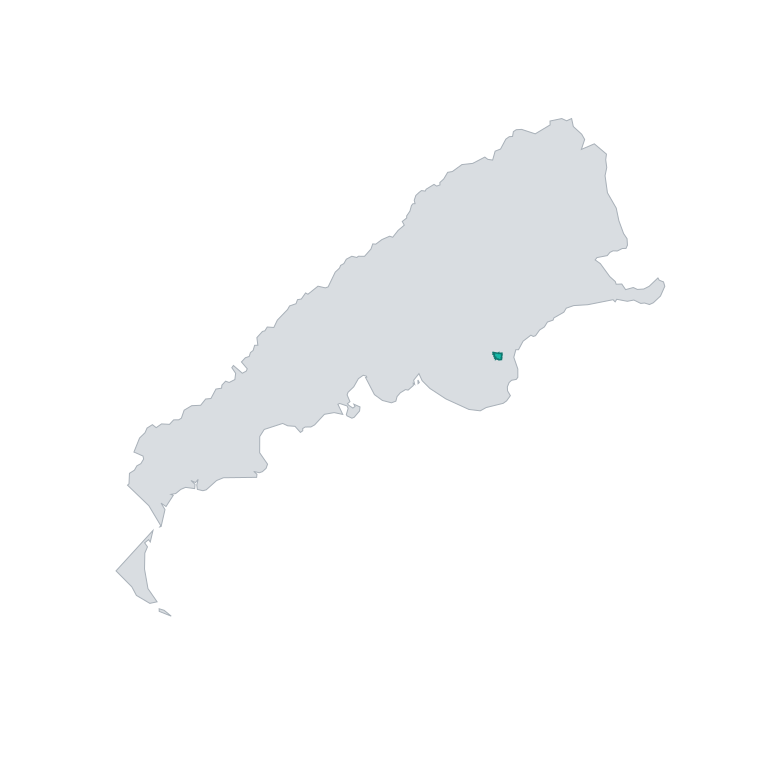 Lobos, Buenos Aires, Argentina (highlighted), rotated 42°
{"feature_id": "61730980B17134937162409", "entity_name": "Lobos", "entity_type": "district", "adm_level": 2, "iso_a3": "ARG", "parent_name": "Argentina", "parent_adm1": "Buenos Aires", "projection": "mercator", "projection_center": [-59.277, -35.199], "detail": "fine", "context": "in_parent", "style": "filled", "palette": "teal", "viewbox_px": 768, "rotation_deg": 42, "n_neighbors": 0, "source": "geoboundaries", "source_scale": "gbopen_adm2", "svg_char_len": 4934}
<svg xmlns="http://www.w3.org/2000/svg" viewBox="0 0 768 768"><g transform="rotate(42 384 384)"><path d="M472.5,198.8L468.7,205.7L469.6,210.3L466.0,221.2L466.9,223.4L464.0,228.6L465.0,234.3L463.5,239.8L464.3,246.7L463.1,248.8L460.5,249.4L458.7,259.1L461.0,268.5L459.0,270.3L462.6,277.3L473.4,283.3L479.0,289.5L479.2,292.1L476.3,295.9L476.0,299.2L477.6,303.6L480.4,306.4L485.7,308.1L486.4,314.5L485.5,318.6L475.7,333.1L473.5,339.5L464.1,346.1L439.9,353.7L421.0,356.6L410.1,356.0L403.0,352.9L403.5,361.3L407.1,363.8L405.2,363.9L406.8,365.5L406.0,372.4L403.7,373.8L402.0,379.6L402.1,384.6L404.3,388.8L402.1,393.0L393.8,397.3L384.0,398.3L365.9,391.5L366.6,390.4L365.6,390.0L362.7,391.4L361.4,397.2L363.4,406.3L362.8,414.2L363.9,416.8L370.5,419.9L370.0,423.1L372.3,423.4L377.0,422.7L377.5,420.1L375.1,419.2L381.5,417.1L383.9,420.4L384.1,428.7L383.0,430.9L377.9,432.4L376.5,432.0L373.7,426.2L371.3,425.0L364.1,428.1L363.3,429.9L373.7,434.2L366.1,438.6L360.0,446.4L359.8,460.8L358.4,464.9L354.2,468.7L353.4,471.5L354.9,473.1L354.3,475.9L346.2,475.0L340.4,479.5L335.1,481.1L325.4,497.9L326.8,506.2L337.6,518.3L351.1,521.5L352.8,525.6L352.3,530.5L350.7,533.4L345.7,536.1L350.0,536.1L351.8,538.6L327.4,561.1L324.2,567.7L322.7,581.6L320.8,584.5L315.8,587.2L312.4,584.3L309.7,579.2L309.8,583.4L305.1,584.9L310.7,585.0L313.3,588.4L305.7,593.6L303.5,598.3L302.5,604.8L299.5,608.6L301.9,607.8L304.0,620.9L298.0,621.7L305.3,623.9L313.7,639.0L313.0,640.2L312.8,638.6L290.7,631.8L261.1,630.8L261.3,628.8L254.6,620.7L256.2,615.0L255.1,610.2L256.6,605.9L255.6,600.6L253.1,598.8L243.7,601.9L238.5,587.7L239.0,580.1L237.4,575.3L239.1,569.2L243.9,568.9L245.4,562.5L251.6,557.5L251.7,551.4L255.4,548.0L256.3,545.0L253.0,537.2L255.6,528.8L262.0,522.5L261.5,514.5L265.1,510.6L262.5,500.2L266.1,495.8L264.3,493.3L264.4,487.9L267.9,486.5L270.2,480.5L266.6,475.3L260.0,473.7L259.7,471.0L271.5,470.8L273.0,466.6L272.2,464.2L263.3,463.0L263.4,457.3L265.4,453.7L263.7,450.0L264.3,446.7L262.0,441.8L264.3,439.6L258.5,434.6L258.5,426.3L259.9,424.2L259.1,419.8L264.3,415.7L262.0,407.9L262.5,393.1L261.6,389.2L264.9,383.2L263.3,379.2L265.7,376.2L264.8,368.8L267.4,368.2L269.5,355.5L276.1,351.8L277.5,349.2L272.9,333.5L273.4,327.6L272.4,324.9L273.6,321.4L272.5,316.5L274.6,310.6L279.1,308.2L279.5,306.2L284.1,302.1L284.0,292.4L281.9,287.4L284.3,285.6L285.8,278.1L289.3,270.4L292.3,269.1L291.7,260.3L292.8,252.4L288.8,251.0L289.8,245.4L288.4,244.0L287.6,238.2L285.0,233.0L284.9,230.7L286.4,229.2L283.5,227.2L281.5,222.5L281.9,218.1L282.4,215.2L285.5,213.1L285.0,211.0L287.6,202.2L290.7,201.7L292.4,198.6L290.7,196.9L291.2,191.7L289.7,184.1L292.6,180.4L295.1,168.8L302.3,160.7L307.1,147.9L310.8,147.6L314.9,144.9L310.8,136.6L313.4,131.4L310.7,120.5L311.6,116.4L313.9,114.0L311.3,109.9L312.1,106.6L315.9,102.7L329.0,96.9L334.1,80.3L331.4,77.5L338.5,67.8L343.6,66.2L345.8,61.2L352.4,66.0L363.8,66.1L369.5,68.0L373.7,77.6L379.6,64.8L395.5,64.3L398.7,69.0L404.7,74.1L408.9,81.3L422.1,92.4L438.9,97.9L449.3,105.5L461.4,111.9L467.4,113.4L472.0,117.9L473.1,121.3L470.4,123.9L468.4,129.0L465.1,131.8L463.8,135.1L464.0,139.2L457.7,147.5L457.9,150.5L464.3,149.8L479.9,153.1L487.3,153.1L489.8,154.5L493.8,150.6L500.4,152.2L504.7,145.5L509.0,144.2L513.5,139.6L515.7,133.9L516.6,121.9L519.1,122.7L523.4,121.1L527.3,123.5L530.6,133.6L529.8,143.4L528.1,147.3L523.4,149.5L520.9,152.3L513.5,154.4L509.5,159.7L500.3,165.3L500.8,168.3L497.8,168.1L482.4,188.7L472.5,198.8ZM309.9,702.2L310.3,647.4L316.0,657.8L313.2,657.2L312.4,662.2L317.2,663.3L319.4,669.7L329.9,681.8L345.5,694.0L361.1,697.7L356.8,703.7L341.5,706.8L332.4,703.5L309.9,702.2ZM367.3,701.5L372.0,699.3L381.2,698.9L369.1,703.4L367.3,701.5ZM409.3,359.3L409.1,361.0L406.5,358.3L409.3,359.3Z" fill="#d9dde1" stroke="#a8b0b8" stroke-width="1"/><path d="M453.0,284.8L452.7,284.5L452.2,284.0L451.8,283.7L452.2,283.3L451.7,282.9L451.0,282.2L450.4,282.8L450.2,283.1L449.6,283.6L448.8,284.5L448.4,284.1L448.3,284.7L447.0,285.6L446.8,285.8L443.9,287.5L444.0,287.7L444.0,287.8L444.1,288.0L444.3,288.0L444.5,288.1L444.8,288.1L445.0,288.1L445.0,288.3L445.1,288.5L445.2,288.4L445.3,288.3L445.5,288.4L445.5,288.5L445.6,288.4L445.8,288.3L446.0,288.3L446.1,288.2L446.3,288.2L446.3,288.3L446.4,288.5L446.5,288.6L446.4,288.7L446.4,288.8L446.5,288.9L446.5,289.0L446.8,289.3L446.8,289.2L446.9,289.3L447.0,289.3L447.3,289.4L447.4,289.5L447.5,289.6L447.8,289.5L448.0,289.7L448.0,289.8L448.2,290.0L448.3,290.0L448.5,290.0L448.6,289.9L448.6,290.0L448.8,290.0L449.0,290.0L449.3,290.2L449.3,290.3L449.5,290.3L449.5,290.2L449.4,290.2L449.5,290.2L449.5,290.3L449.6,290.2L449.6,290.3L449.7,290.5L449.8,290.5L450.0,290.6L450.2,290.8L450.2,290.7L450.3,290.7L450.5,290.5L451.2,289.7L451.3,289.7L451.7,289.3L452.0,289.5L452.4,289.1L452.5,289.0L452.8,289.1L452.9,288.9L453.0,288.9L453.2,289.1L453.8,288.5L454.4,287.8L454.8,287.3L454.9,287.2L454.2,286.6L453.6,286.1L454.0,285.7L453.5,285.3L453.0,284.8Z" fill="#14b8a6" stroke="#0f766e" stroke-width="1.5"/></g></svg>